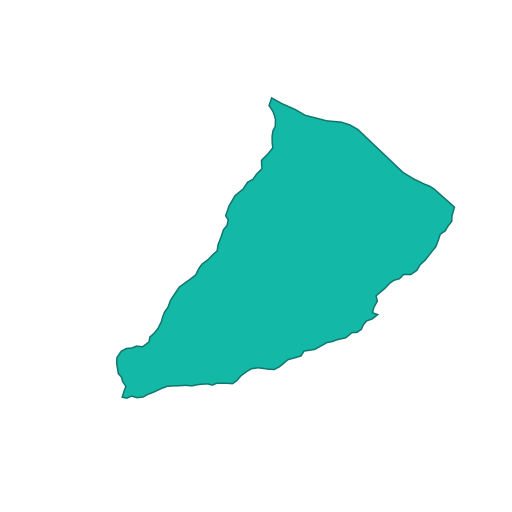 Santa Albertina, São Paulo, Brazil, rotated 55°
{"feature_id": "56859067B20515811466790", "entity_name": "Santa Albertina", "entity_type": "district", "adm_level": 2, "iso_a3": "BRA", "parent_name": "Brazil", "parent_adm1": "São Paulo", "projection": "equal_earth", "projection_center": [-50.724, -20.031], "detail": "fine", "context": "isolated", "style": "filled", "palette": "teal", "viewbox_px": 512, "rotation_deg": 55, "n_neighbors": 0, "source": "geoboundaries", "source_scale": "gbopen_adm2", "svg_char_len": 1874}
<svg xmlns="http://www.w3.org/2000/svg" viewBox="0 0 512 512"><g transform="rotate(55 256 256)"><path d="M135.5,152.5L140.3,159.0L147.3,159.2L151.2,160.2L155.4,161.8L161.0,166.0L163.1,170.2L167.0,174.0L172.4,177.7L177.1,180.3L179.2,187.6L180.8,196.6L184.2,198.9L187.8,200.8L189.3,208.7L191.4,214.5L190.7,220.5L193.8,228.3L194.5,238.4L199.6,249.5L202.7,253.6L205.6,257.8L210.4,258.0L214.3,262.1L215.8,267.6L220.2,273.4L224.9,280.5L229.6,285.0L230.1,290.3L231.5,297.4L231.7,305.0L233.7,310.5L236.9,316.2L237.3,323.3L237.3,329.2L237.5,336.7L240.6,344.8L243.3,351.5L247.5,357.5L249.5,363.1L252.4,367.4L255.5,371.2L259.0,377.5L260.9,383.7L261.5,389.5L265.0,392.8L265.3,401.1L261.3,405.4L260.1,410.7L257.5,415.0L256.7,420.9L259.4,428.1L263.6,431.5L273.3,436.2L278.3,435.7L282.2,437.2L288.2,437.4L290.9,441.4L295.0,446.6L298.3,443.4L299.4,438.2L303.9,434.7L306.8,429.2L307.3,424.0L308.8,418.0L310.1,410.4L311.8,403.5L314.6,398.8L317.3,394.8L321.5,387.9L325.6,383.0L327.5,378.5L329.8,374.1L333.1,368.9L336.7,365.8L337.7,361.1L340.4,357.3L343.6,352.8L347.1,348.5L347.1,343.4L345.5,337.0L345.3,330.4L345.7,324.5L348.7,318.5L352.4,314.4L355.6,311.0L359.4,306.3L360.2,300.4L359.8,295.6L359.2,289.4L361.8,282.2L363.7,276.5L361.4,271.2L364.1,265.8L366.2,261.4L366.8,255.8L367.6,247.6L369.9,242.4L371.2,237.4L374.5,229.4L373.8,221.4L376.4,217.2L376.5,211.7L374.0,207.8L372.6,202.7L374.2,196.9L373.8,189.9L369.3,193.1L365.8,189.1L362.5,182.4L357.5,180.5L357.0,175.5L356.4,168.7L355.0,162.1L355.0,157.1L356.9,151.4L355.8,145.7L360.0,139.7L360.0,132.4L357.3,126.7L356.5,120.0L353.7,111.1L351.5,103.3L347.5,97.4L343.9,92.7L343.9,86.5L341.7,81.8L339.9,75.8L335.5,72.4L329.8,65.4L302.9,71.8L297.9,74.0L293.8,76.8L283.0,82.8L271.7,87.7L210.8,100.0L202.5,103.9L195.3,109.3L185.8,120.6L169.0,135.0L158.7,139.8L145.3,147.8L135.5,152.5Z" fill="#14b8a6" stroke="#0f766e" stroke-width="1.5"/></g></svg>